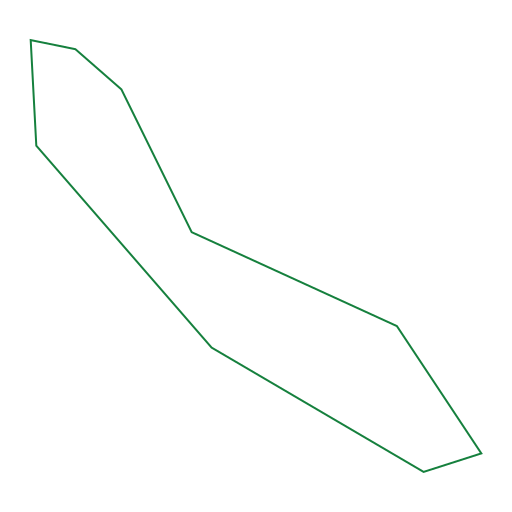 outline of Curaçao
{"feature_id": "CUW", "entity_name": "Curaçao", "entity_type": "country or territory", "adm_level": 0, "iso_a3": "CUW", "parent_name": "North America", "parent_adm1": "", "projection": "natural_earth1", "projection_center": [-68.965, 12.213], "detail": "fine", "context": "isolated", "style": "outline", "palette": "green", "viewbox_px": 512, "rotation_deg": 0, "n_neighbors": 0, "source": "natural_earth", "source_scale": "50m", "svg_char_len": 241}
<svg xmlns="http://www.w3.org/2000/svg" viewBox="0 0 512 512"><path d="M481.3,453.4L423.6,471.9L211.6,347.6L36.3,145.7L30.7,40.1L75.4,49.2L121.4,89.4L191.7,232.2L396.9,326.1L481.3,453.4Z" fill="none" stroke="#15803d" stroke-width="2"/></svg>